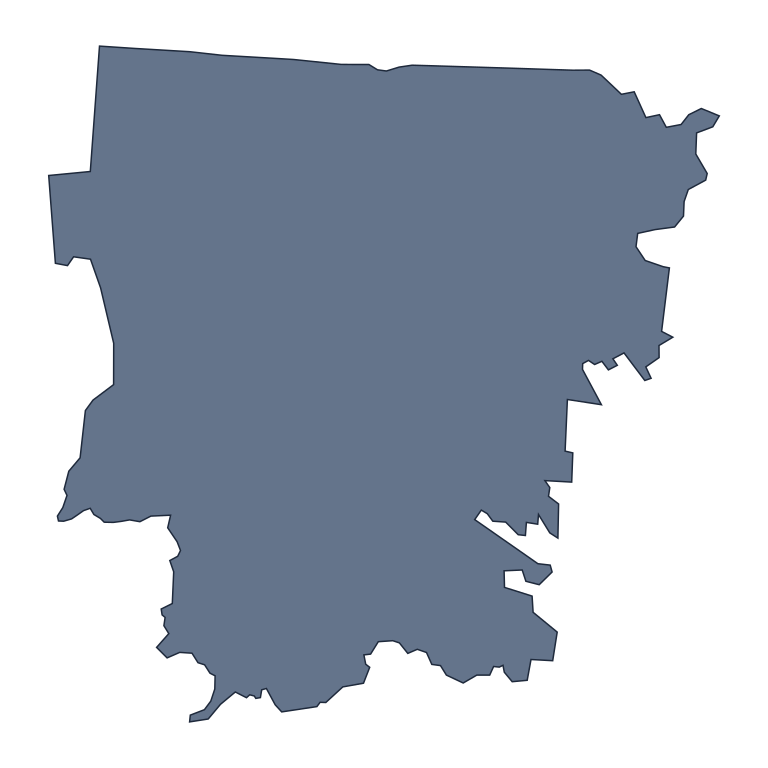 Farish, Jizzakh, Uzbekistan (Robinson projection)
{"feature_id": "79887680B52998751839701", "entity_name": "Farish", "entity_type": "district", "adm_level": 2, "iso_a3": "UZB", "parent_name": "Uzbekistan", "parent_adm1": "Jizzakh", "projection": "robinson", "projection_center": [67.349, 40.658], "detail": "fine", "context": "isolated", "style": "filled", "palette": "slate", "viewbox_px": 768, "rotation_deg": 0, "n_neighbors": 0, "source": "geoboundaries", "source_scale": "gbopen_adm2", "svg_char_len": 2368}
<svg xmlns="http://www.w3.org/2000/svg" viewBox="0 0 768 768"><path d="M64.1,489.3L67.0,495.4L62.8,507.6L57.4,516.1L58.5,521.0L63.7,521.2L71.6,518.9L76.9,515.3L83.6,510.6L90.2,508.3L93.9,514.5L100.4,518.4L104.2,522.2L113.3,522.4L121.1,521.4L129.6,519.9L139.9,521.7L150.9,516.1L170.6,515.2L167.7,527.8L177.1,541.7L180.5,550.5L177.7,556.3L169.8,560.5L173.7,571.8L172.3,603.5L161.2,609.0L162.1,614.9L165.1,617.4L163.9,625.7L168.8,633.6L156.6,647.4L167.1,657.9L179.7,652.4L192.0,653.2L198.0,662.7L204.6,664.8L210.0,673.2L215.1,675.8L214.8,689.0L210.8,701.1L204.4,709.7L190.3,715.1L189.6,721.9L208.2,719.0L220.5,704.3L235.3,692.0L246.5,697.7L249.7,694.8L254.3,696.0L255.8,698.4L260.4,697.6L261.7,689.8L266.4,688.5L275.2,704.8L281.7,711.9L316.9,706.6L320.1,702.3L325.8,702.5L342.8,686.9L363.5,683.2L369.7,667.3L365.7,664.2L363.9,654.9L370.6,654.1L378.3,641.7L392.8,640.7L399.4,642.9L407.8,653.4L417.3,649.3L426.5,652.5L431.8,664.4L440.5,665.6L446.4,675.1L463.2,683.0L476.8,675.1L489.7,675.1L493.6,666.5L499.3,667.1L503.0,665.3L504.3,672.2L512.2,681.7L527.2,680.3L531.0,659.5L552.7,660.7L557.2,632.1L533.1,612.3L532.1,596.1L504.5,587.4L504.1,570.8L522.2,570.0L525.9,581.3L539.2,584.7L552.1,572.0L550.2,565.1L537.9,563.7L474.7,519.6L481.3,510.1L487.3,513.7L492.8,521.2L505.7,522.1L518.2,534.7L525.4,535.5L526.4,522.4L537.7,524.2L538.5,514.5L549.8,532.9L557.9,538.1L558.6,504.0L548.5,496.3L549.8,487.6L544.9,480.6L571.7,482.1L572.8,452.9L565.1,451.1L567.4,399.5L601.4,404.7L582.5,369.4L582.7,363.6L588.5,360.4L594.6,364.5L601.9,361.3L608.4,369.9L617.3,365.3L612.9,358.8L624.0,352.9L644.8,380.5L651.1,378.3L645.8,366.9L659.1,357.6L659.0,345.5L672.8,337.2L661.6,331.4L669.4,267.9L663.2,266.7L645.2,260.5L636.0,246.7L637.7,233.4L655.0,229.6L674.6,227.0L683.5,216.1L684.1,201.6L688.3,189.5L705.7,180.1L707.2,173.5L695.8,154.0L696.6,132.9L712.8,126.8L719.3,115.9L701.3,108.5L688.8,114.7L681.1,124.5L666.3,127.3L659.5,114.7L645.9,117.6L634.2,91.8L621.4,94.3L601.1,75.1L589.6,70.1L586.6,70.1L572.8,70.2L508.1,68.1L429.6,65.7L412.1,65.2L399.1,67.1L386.4,71.0L377.5,69.8L368.9,64.5L353.7,64.5L341.0,64.4L293.7,59.5L275.4,58.4L222.1,55.3L189.7,51.7L134.1,48.4L99.5,46.1L90.3,171.5L48.7,175.5L55.4,263.3L67.5,265.6L73.6,256.8L90.5,259.2L100.6,287.9L113.7,343.3L113.6,384.6L93.0,400.1L85.4,410.5L80.1,457.8L68.8,471.2L64.1,489.3Z" fill="#64748b" stroke="#1e293b" stroke-width="1.5"/></svg>